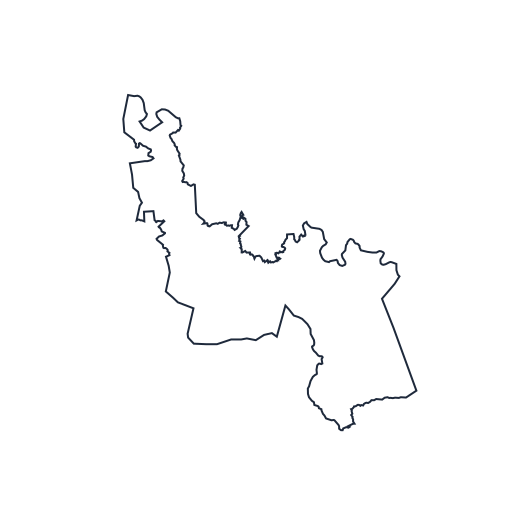 Igualapa, Guerrero, Mexico (Natural Earth projection), rotated 141°
{"feature_id": "50627088B45724771957529", "entity_name": "Igualapa", "entity_type": "district", "adm_level": 2, "iso_a3": "MEX", "parent_name": "Mexico", "parent_adm1": "Guerrero", "projection": "natural_earth1", "projection_center": [-98.499, 16.781], "detail": "fine", "context": "isolated", "style": "outline", "palette": "slate", "viewbox_px": 512, "rotation_deg": 141, "n_neighbors": 0, "source": "geoboundaries", "source_scale": "gbopen_adm2", "svg_char_len": 6106}
<svg xmlns="http://www.w3.org/2000/svg" viewBox="0 0 512 512"><g transform="rotate(141 256 256)"><path d="M254.1,461.6L272.9,446.0L280.5,435.0L277.6,423.1L278.5,421.8L278.9,418.9L278.7,418.7L280.7,416.7L280.7,415.8L279.9,414.6L278.7,414.7L278.1,414.9L276.2,417.0L275.3,416.9L275.0,416.3L274.4,412.7L272.7,410.3L272.1,407.5L270.7,405.1L271.1,404.1L272.2,403.3L274.8,403.6L276.5,401.9L276.1,400.6L274.1,398.0L274.2,396.4L277.5,396.6L280.6,398.0L282.7,399.7L295.7,407.4L301.1,397.3L308.5,386.2L307.3,380.0L310.2,374.3L311.1,369.2L314.7,368.2L326.4,358.8L324.8,358.5L324.1,358.1L323.4,356.5L322.3,355.6L321.0,353.2L315.2,360.9L307.5,355.4L312.3,347.6L311.9,346.3L312.3,345.6L312.2,345.1L310.2,345.0L307.3,342.1L305.5,341.9L305.4,340.7L313.3,340.1L313.4,339.5L312.9,338.2L313.1,336.2L313.8,334.4L312.2,331.3L312.5,330.9L315.9,330.9L319.1,332.2L322.5,331.9L322.8,330.7L321.2,323.2L321.8,322.8L322.8,320.8L322.6,320.1L321.2,319.1L320.8,317.4L320.9,316.1L321.9,315.3L321.3,312.9L322.2,312.4L322.7,311.1L326.4,312.1L330.0,303.4L333.4,297.4L348.4,285.2L346.7,275.6L345.9,269.2L337.5,254.7L358.1,238.6L360.1,235.3L359.5,227.0L350.1,218.7L341.8,212.0L327.9,206.8L320.1,200.5L315.0,197.7L309.1,190.7L299.4,189.6L292.2,186.1L290.6,180.2L264.3,199.0L264.0,194.1L264.1,185.9L261.4,181.8L259.7,178.1L258.9,170.7L259.6,165.0L262.6,161.0L263.9,154.2L265.3,151.9L266.7,150.5L267.6,150.2L269.3,150.4L269.7,150.1L270.5,147.7L270.7,145.6L270.3,143.2L270.3,139.5L269.7,138.2L268.0,136.7L267.8,135.9L268.0,135.3L269.9,134.6L272.1,130.7L273.4,131.0L274.1,132.2L275.0,132.8L277.2,132.5L280.6,129.5L282.5,126.5L283.2,126.0L285.3,126.4L287.9,126.3L292.3,124.5L296.8,121.3L299.1,120.4L302.4,116.1L303.7,112.9L303.7,108.3L303.0,105.9L304.4,103.5L302.4,100.5L302.2,99.5L302.9,98.1L301.6,95.8L302.3,94.7L303.3,91.2L303.2,88.9L303.8,85.7L300.7,80.8L298.7,79.6L298.4,78.8L298.2,72.7L298.5,71.5L300.1,69.4L299.6,67.2L298.3,66.1L296.7,67.1L293.6,66.2L292.2,64.4L290.8,64.3L291.2,65.7L286.3,64.6L285.0,63.7L284.7,66.3L283.3,68.0L283.0,69.6L282.2,70.1L282.1,72.5L280.4,72.8L279.5,75.0L278.9,75.4L278.5,77.1L277.5,76.6L275.0,77.0L274.5,77.4L273.1,76.5L270.6,76.3L270.1,75.9L269.6,75.4L269.2,73.9L268.1,74.0L266.8,72.4L265.3,73.1L263.4,72.9L262.4,72.4L261.4,71.2L259.1,70.9L257.0,71.3L255.0,69.6L252.6,69.2L248.3,65.0L245.2,64.9L242.7,63.5L241.8,61.8L240.7,61.1L239.1,59.4L237.1,58.4L234.3,55.8L232.3,55.1L228.5,51.6L216.1,50.4L194.4,113.5L185.0,143.5L165.8,147.1L157.3,149.9L157.5,152.2L155.8,156.6L151.9,161.5L154.4,165.7L155.2,166.7L156.4,167.2L160.3,168.0L162.4,168.9L163.3,169.9L163.7,171.8L162.4,174.0L161.3,175.1L157.9,176.0L155.1,177.4L154.7,178.2L154.9,179.1L155.8,180.9L157.0,182.2L160.2,182.9L163.4,185.5L166.8,189.1L170.9,194.4L170.2,197.3L169.2,198.6L169.3,199.7L169.1,200.1L169.4,201.5L170.8,203.2L170.9,205.0L170.4,206.5L170.5,207.7L171.7,209.7L172.6,210.0L176.1,209.3L177.4,208.2L179.2,207.8L183.1,204.1L187.9,203.5L188.7,202.8L189.8,200.3L190.3,195.4L191.4,193.6L192.4,193.2L195.2,194.0L196.7,196.3L196.7,199.1L195.8,200.6L195.8,202.3L201.8,205.4L203.1,205.3L205.5,208.4L205.9,210.7L205.8,213.1L204.3,217.8L203.0,219.8L199.3,221.4L197.4,221.6L194.5,221.2L192.5,222.0L192.4,226.2L188.9,232.7L188.7,235.0L189.6,237.2L195.0,243.1L195.4,244.1L196.0,248.5L195.3,250.7L198.1,251.1L200.4,250.2L202.1,246.8L202.3,244.8L204.3,241.3L206.1,241.7L206.0,241.1L207.3,241.6L207.4,244.2L210.0,243.7L211.8,241.4L212.2,241.5L212.5,241.0L215.4,240.8L216.1,242.3L215.7,243.9L215.8,244.9L214.3,246.8L213.0,249.5L218.3,253.2L220.7,250.3L222.8,250.1L224.2,249.3L225.5,249.0L226.2,248.1L228.5,248.4L229.1,248.0L229.9,247.2L229.9,246.6L229.0,245.7L228.5,244.5L228.5,243.6L229.6,242.7L232.5,242.5L232.6,242.0L233.3,242.3L234.7,244.6L235.3,244.2L235.3,243.8L236.6,244.3L237.0,244.1L237.7,245.4L239.0,245.9L239.5,244.8L240.0,245.0L241.0,241.6L240.7,241.0L239.9,240.9L239.2,240.1L239.5,239.9L239.0,238.7L239.5,238.7L241.1,240.3L241.6,238.7L242.9,239.5L243.2,239.0L244.0,239.7L246.7,240.2L246.9,240.9L248.5,241.6L248.4,243.0L250.7,243.0L250.4,244.1L249.8,244.2L249.6,245.6L253.0,245.7L252.6,247.3L253.8,247.6L252.8,251.6L253.1,254.0L255.6,255.6L256.7,255.9L258.9,254.9L258.6,255.8L257.8,256.3L258.2,257.7L257.9,258.4L258.2,259.9L259.4,260.4L259.7,260.9L259.3,261.9L258.6,262.1L258.4,262.5L261.2,264.6L261.2,266.7L264.4,267.3L264.9,267.8L263.0,270.0L263.0,271.7L262.5,271.3L262.2,272.1L261.4,272.6L261.2,273.6L260.3,274.9L260.5,275.8L259.0,277.1L259.6,278.3L259.0,278.5L258.6,279.3L257.6,279.6L257.8,280.9L257.0,281.7L256.3,281.7L256.6,282.3L242.9,283.9L243.8,286.4L242.0,288.3L242.0,290.0L240.8,291.6L241.3,293.3L242.4,292.9L243.0,294.4L241.9,295.0L241.9,295.9L240.5,296.0L240.1,296.8L239.9,296.6L239.5,299.3L240.8,298.9L242.5,297.8L243.1,296.2L246.3,294.1L248.5,293.3L250.2,291.9L250.4,290.9L251.9,290.0L253.8,289.3L256.2,289.7L256.2,291.1L257.1,293.2L255.3,295.0L256.2,295.7L257.8,296.3L258.1,297.0L259.6,297.9L259.7,299.0L260.4,299.9L260.4,300.2L259.5,300.8L258.5,300.6L258.3,301.0L260.1,302.6L261.8,303.1L263.3,304.8L265.5,305.1L266.3,306.4L267.9,307.2L270.1,308.3L273.4,308.2L274.2,309.2L274.0,309.4L274.4,310.2L273.3,311.9L273.4,312.4L276.6,314.3L274.8,314.6L274.1,315.4L274.3,316.1L274.0,316.8L275.4,322.2L275.5,326.9L258.7,349.9L259.5,351.0L262.5,351.4L263.9,354.6L263.2,356.0L263.6,357.2L264.5,357.7L265.4,359.0L266.4,359.6L266.2,360.7L263.6,361.6L263.1,362.8L261.2,363.7L260.1,365.6L259.7,368.6L258.1,370.2L256.9,370.5L255.1,371.9L255.1,377.0L254.1,378.5L252.7,382.6L251.9,382.6L251.6,383.3L251.0,383.6L250.6,387.7L250.1,389.0L248.9,390.3L249.5,391.2L249.6,393.2L248.9,393.9L248.5,395.4L248.7,397.8L248.0,400.2L248.1,401.6L247.2,404.0L246.5,404.4L243.5,403.9L242.7,404.1L240.8,402.5L237.3,403.0L237.1,402.0L234.7,402.7L234.2,403.6L232.2,404.2L232.3,405.2L230.1,408.4L228.9,411.3L229.9,412.0L231.0,414.3L232.8,424.1L234.5,427.1L236.9,429.3L242.8,430.2L244.1,429.1L245.2,426.3L245.2,422.6L244.8,419.0L259.4,420.2L262.5,426.5L261.8,433.8L259.3,432.9L256.7,432.8L253.4,433.6L251.4,435.0L251.4,437.1L250.8,439.3L247.0,445.5L245.9,448.8L245.8,451.7L246.2,453.4L247.2,455.1L250.1,456.9L254.1,461.6Z" fill="none" stroke="#1e293b" stroke-width="2"/></g></svg>